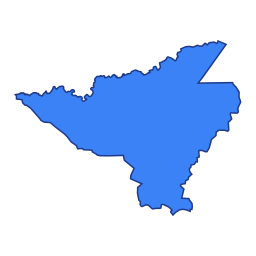 outline of Young, Río Negro, Uruguay
{"feature_id": "84410073B75635115155614", "entity_name": "Young", "entity_type": "district", "adm_level": 2, "iso_a3": "URY", "parent_name": "Uruguay", "parent_adm1": "Río Negro", "projection": "albers", "projection_center": [-57.732, -32.654], "detail": "fine", "context": "isolated", "style": "filled", "palette": "blue", "viewbox_px": 256, "rotation_deg": 0, "n_neighbors": 0, "source": "geoboundaries", "source_scale": "gbopen_adm2", "svg_char_len": 5453}
<svg xmlns="http://www.w3.org/2000/svg" viewBox="0 0 256 256"><path d="M124.2,74.3L123.9,73.9L123.3,73.9L123.1,74.1L123.0,74.3L122.6,74.6L122.5,75.1L122.4,75.5L122.6,75.8L122.5,76.1L122.3,76.4L121.4,76.7L120.8,77.4L120.1,77.7L119.5,77.5L118.9,77.7L117.7,77.9L116.9,77.6L116.3,77.1L116.8,76.4L115.8,76.2L115.6,76.0L115.4,75.4L115.1,75.5L114.8,75.4L114.2,74.7L113.9,74.8L113.7,75.0L113.4,74.8L112.6,75.3L112.0,76.0L111.9,76.2L112.0,76.5L111.1,77.3L110.7,77.5L110.4,77.4L109.8,77.0L109.4,76.5L108.9,76.1L108.6,76.1L107.9,76.7L106.5,77.5L105.6,77.7L105.1,77.7L104.8,77.5L104.6,76.6L104.7,76.3L104.3,75.9L104.0,75.8L103.6,75.8L103.1,76.0L101.9,76.3L101.4,75.9L101.2,76.0L100.7,75.7L100.4,75.8L100.2,76.0L100.2,76.4L99.8,76.5L99.4,76.5L98.9,76.3L98.1,76.6L97.4,76.4L97.1,76.4L95.5,78.0L94.9,78.9L94.6,80.2L94.8,80.5L95.0,80.5L95.0,82.1L94.6,82.5L93.9,82.8L93.7,84.5L93.3,85.3L93.9,86.3L94.0,86.8L93.9,87.2L93.1,87.7L92.2,87.5L91.5,87.7L90.8,88.5L90.9,89.3L91.1,89.6L91.5,89.8L92.0,89.8L92.3,90.1L93.0,91.5L93.2,92.6L93.1,93.1L91.3,95.8L90.5,96.4L89.1,96.4L88.3,95.8L88.1,95.6L88.1,95.3L87.6,95.0L87.3,94.6L87.0,94.5L86.5,94.6L86.0,95.3L85.5,95.5L84.5,96.7L84.5,98.0L85.1,98.1L85.4,98.5L86.6,99.0L86.7,99.3L86.6,99.5L86.1,99.4L85.6,99.5L85.6,99.8L85.0,100.3L84.7,100.8L84.1,101.2L83.0,101.1L82.3,100.4L81.9,99.8L81.9,99.3L81.6,99.0L81.7,98.8L82.1,98.6L82.0,97.4L81.4,96.9L81.2,96.9L80.4,96.5L79.7,96.7L79.2,96.5L78.6,97.1L78.2,97.1L78.1,96.9L77.6,96.9L77.3,96.7L76.1,95.7L75.6,95.5L74.8,95.3L74.2,95.6L73.5,95.6L73.1,95.5L72.8,95.1L72.5,95.0L72.2,94.6L71.9,94.6L71.7,94.2L71.8,93.9L72.1,93.1L72.2,92.7L72.6,92.3L73.2,92.1L73.7,92.0L74.0,92.1L74.4,91.6L74.3,90.9L74.0,90.4L73.6,89.9L73.1,89.7L72.3,89.7L71.3,90.2L71.3,90.6L70.3,91.3L69.6,91.6L68.7,91.4L67.9,91.5L67.7,91.7L67.5,92.1L66.8,92.4L66.5,92.3L65.7,91.9L65.3,91.6L65.2,91.1L64.2,90.1L64.0,89.7L64.0,89.2L63.3,88.6L63.5,87.6L63.7,87.4L63.5,86.9L63.4,86.7L62.8,86.2L61.8,86.2L59.8,86.5L59.4,86.7L58.7,87.4L58.1,87.6L56.6,89.2L56.4,89.2L56.1,88.6L55.3,88.2L55.1,87.8L55.0,87.0L54.9,86.8L54.6,86.6L53.9,86.7L53.2,87.2L53.2,87.7L53.0,88.1L52.8,88.9L52.4,89.6L52.1,90.3L51.9,90.4L51.6,90.8L51.4,90.9L50.9,91.8L49.9,93.1L49.5,93.3L49.0,93.2L48.2,93.6L47.2,93.6L46.9,93.5L46.8,93.3L46.9,92.8L46.8,92.3L46.5,92.1L46.2,91.2L45.9,91.2L45.6,91.4L45.5,91.8L45.0,92.4L43.4,93.8L42.8,95.0L42.1,95.9L41.4,95.9L40.4,95.2L39.9,95.4L39.2,95.3L38.8,94.7L38.9,94.4L38.8,94.1L38.5,94.1L38.2,93.5L37.6,93.4L37.2,93.5L36.7,93.5L36.1,92.8L35.3,92.7L33.4,92.8L30.5,94.6L29.8,95.8L29.7,95.8L29.6,95.7L29.6,95.2L28.5,95.0L28.2,94.9L27.8,94.3L27.1,94.5L26.7,94.4L26.6,94.6L26.3,94.7L25.8,94.4L25.8,94.1L25.4,94.0L25.3,94.4L25.1,94.6L24.5,94.5L24.4,93.7L23.8,93.1L23.2,92.8L22.8,93.3L22.5,93.4L21.6,92.9L21.5,93.0L21.4,93.4L21.2,93.5L21.0,93.2L20.6,93.0L20.4,93.1L20.3,93.4L20.0,93.4L19.4,93.9L18.7,94.3L18.5,94.1L17.8,94.2L16.2,94.5L15.4,94.6L16.4,95.9L16.5,99.0L21.8,99.7L22.3,101.1L22.6,102.7L24.9,105.1L26.6,105.3L30.6,108.1L39.6,118.4L41.0,120.4L44.1,122.1L50.3,122.6L55.8,127.3L64.2,133.7L67.3,136.8L70.2,140.7L71.4,142.1L75.0,144.6L76.6,145.9L77.7,148.8L82.4,148.5L83.5,149.7L90.7,150.1L92.1,150.5L92.3,151.8L96.9,154.5L97.2,155.1L100.0,155.7L108.9,155.8L123.3,155.4L124.4,160.3L134.1,168.3L130.9,175.3L130.6,178.8L141.9,183.8L137.7,187.4L137.5,193.1L138.9,200.2L140.4,201.8L140.1,204.4L141.0,206.1L142.0,206.5L145.6,205.0L147.5,204.9L149.0,205.7L152.4,208.9L156.5,208.3L160.0,208.3L160.9,207.9L161.3,204.8L162.0,204.4L163.6,204.6L168.6,206.9L172.1,210.1L170.8,211.3L170.9,212.4L173.0,215.0L175.4,212.5L179.4,209.9L182.6,209.3L185.9,209.7L190.1,211.3L190.2,209.4L191.9,209.4L192.3,206.6L192.0,203.5L189.4,199.9L188.9,198.6L181.7,198.2L183.9,189.0L180.7,186.2L180.5,185.1L181.6,184.2L185.1,183.7L185.7,180.6L188.2,179.5L188.5,177.3L191.8,174.2L190.3,172.4L189.4,170.5L189.5,168.5L190.8,167.3L191.1,165.0L194.0,164.4L195.0,163.4L195.7,161.8L197.3,161.9L197.4,160.8L197.0,157.9L199.2,156.9L198.8,151.9L199.1,150.5L201.9,150.4L205.3,151.7L207.0,151.7L209.2,147.9L211.5,139.4L215.9,135.6L216.2,132.1L219.1,130.1L224.7,130.3L227.8,131.2L228.8,129.9L228.6,127.2L228.3,122.2L229.9,120.9L231.7,118.9L230.2,114.2L230.7,112.9L237.2,113.1L238.2,112.1L238.2,110.3L237.6,109.1L238.7,106.1L240.6,102.3L240.2,100.3L239.3,98.3L239.0,96.6L239.1,92.1L236.0,87.1L233.2,84.4L232.6,82.6L198.1,83.1L202.4,77.6L226.1,44.4L218.0,41.0L217.2,43.2L216.4,43.2L214.1,42.1L209.3,42.7L207.1,45.0L205.7,43.4L204.8,43.4L202.1,46.1L199.4,46.0L197.4,45.3L193.3,47.1L188.9,46.4L185.7,46.8L180.8,48.9L181.1,49.9L181.1,50.6L180.7,51.4L180.1,51.9L177.7,52.5L177.1,54.4L177.1,54.7L177.9,56.1L178.0,56.9L177.4,57.1L177.0,57.9L176.2,59.9L175.8,60.6L175.4,60.8L174.7,60.5L172.9,59.0L172.1,58.7L171.6,58.2L168.3,57.0L167.6,57.0L166.9,57.7L166.3,59.2L164.5,60.7L162.9,61.3L162.5,61.7L161.2,62.4L159.7,62.8L159.6,63.4L160.3,66.4L160.3,67.5L160.1,68.0L159.0,69.1L158.4,70.0L157.7,70.1L157.1,69.3L156.2,67.1L155.9,66.7L155.5,66.5L154.8,66.5L153.7,67.0L153.4,67.4L153.4,68.1L153.2,69.0L152.6,70.0L151.8,69.9L150.1,70.4L149.5,70.4L149.3,70.6L149.2,71.0L149.7,71.6L150.0,72.1L149.9,72.6L149.5,72.8L148.4,72.7L148.1,72.9L146.6,74.2L144.0,75.0L143.6,74.8L143.5,74.4L142.9,73.8L141.6,73.0L141.4,72.3L141.1,71.9L138.6,71.3L135.9,70.1L135.3,70.1L133.5,70.8L132.8,71.2L131.9,71.4L131.2,72.2L130.9,72.9L130.3,73.5L129.7,73.7L128.4,73.7L127.4,73.9L126.8,74.3L126.6,74.3L126.1,74.7L125.0,75.2L124.2,75.4L124.0,75.0L124.2,74.3Z" fill="#3b82f6" stroke="#1e3a8a" stroke-width="1.5"/></svg>